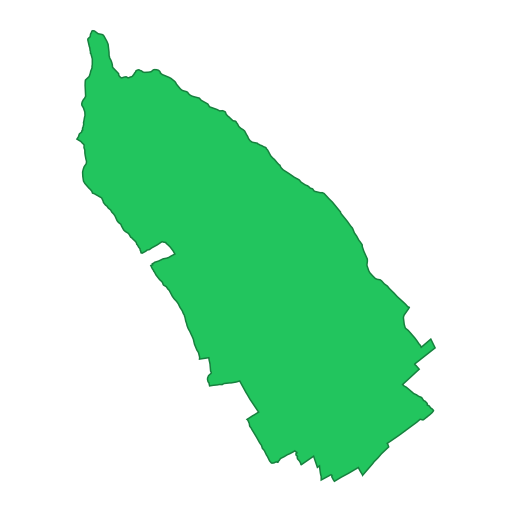 Pancesti, Neamt, Romania
{"feature_id": "2599482B84099352345268", "entity_name": "Pancesti", "entity_type": "district", "adm_level": 2, "iso_a3": "ROU", "parent_name": "Romania", "parent_adm1": "Neamt", "projection": "albers", "projection_center": [27.134, 46.914], "detail": "fine", "context": "isolated", "style": "filled", "palette": "green", "viewbox_px": 512, "rotation_deg": 0, "n_neighbors": 0, "source": "geoboundaries", "source_scale": "gbopen_adm2", "svg_char_len": 5942}
<svg xmlns="http://www.w3.org/2000/svg" viewBox="0 0 512 512"><path d="M388.7,446.9L387.7,444.1L387.2,443.4L398.6,435.6L416.9,422.1L420.1,419.3L422.9,419.9L423.5,419.7L429.9,414.6L432.2,412.5L433.4,410.9L433.5,410.4L431.9,408.7L430.6,407.9L429.4,406.2L428.7,405.6L427.3,405.1L427.2,403.6L427.0,403.2L425.1,401.2L424.1,400.8L423.5,400.4L421.7,397.6L421.0,397.2L418.6,396.3L416.5,394.8L413.8,393.6L406.3,387.2L404.2,386.1L402.6,384.5L419.2,369.2L415.9,365.4L415.1,364.8L414.7,364.3L414.8,363.9L435.1,347.9L430.8,339.1L421.2,347.3L420.4,345.4L418.9,343.8L417.0,340.9L414.6,337.7L408.3,330.5L405.9,328.6L405.2,327.8L404.2,324.3L403.4,317.7L403.6,316.6L404.1,315.1L408.1,309.4L409.3,307.5L409.1,307.2L407.8,306.8L405.7,304.4L403.4,302.2L397.2,296.6L394.4,293.5L389.3,288.5L387.4,286.1L384.3,283.9L381.6,280.9L380.1,279.8L377.1,279.3L375.3,278.5L372.6,275.8L369.8,272.7L368.8,270.9L367.1,265.9L366.9,265.0L367.4,261.0L367.3,259.0L363.8,251.2L362.3,246.7L362.2,244.9L361.8,244.2L360.2,241.9L358.9,240.3L356.7,236.2L354.4,232.9L352.8,228.9L352.3,227.9L350.7,226.1L347.3,221.3L341.2,213.8L340.6,212.8L340.5,212.0L332.4,202.1L329.2,199.0L324.1,193.5L322.4,192.7L320.3,192.7L314.9,191.4L313.9,190.8L312.7,189.0L312.0,188.6L310.3,188.2L308.7,186.6L307.4,185.7L305.4,185.0L301.1,182.2L299.2,179.9L294.2,177.2L288.6,173.3L283.2,169.9L280.9,167.5L279.8,165.1L279.1,164.8L277.3,162.9L274.4,159.4L272.8,158.1L270.7,155.8L267.7,150.2L266.3,148.6L266.1,147.9L264.7,147.0L264.1,147.0L261.7,145.6L259.9,145.0L259.3,144.5L258.0,144.0L257.6,143.4L257.3,143.2L252.2,142.2L250.1,140.7L249.0,139.3L248.2,137.9L247.7,136.5L246.5,134.6L244.7,131.1L243.1,129.7L240.8,128.3L238.8,126.5L237.5,123.9L236.3,122.4L236.0,121.6L235.0,121.0L233.5,120.9L232.8,120.6L228.7,116.7L228.0,116.3L226.2,114.3L225.4,112.1L225.0,111.7L222.7,110.7L219.7,110.9L217.0,109.5L209.5,106.8L207.8,104.0L201.2,100.3L199.3,98.1L193.9,96.7L191.7,96.0L189.8,94.9L188.9,94.1L187.5,92.2L186.3,91.6L183.1,90.7L181.6,90.0L180.1,88.6L176.4,84.1L175.5,82.3L174.6,81.3L171.0,78.4L168.9,77.3L162.4,74.6L161.3,73.8L160.4,73.2L160.5,72.6L159.5,71.1L158.3,70.2L156.5,69.7L154.4,69.6L153.3,69.9L151.3,71.6L150.8,71.8L148.4,72.2L144.5,72.4L143.1,72.1L141.3,70.8L140.1,70.5L139.2,69.9L138.3,69.8L136.9,70.3L136.0,70.8L135.4,72.2L134.4,73.3L133.8,74.6L133.1,75.2L132.6,76.1L131.7,76.7L130.0,77.1L129.4,77.5L128.2,77.9L127.8,77.8L126.5,76.9L125.8,76.8L125.1,77.0L124.5,77.0L121.7,77.9L121.2,77.8L119.9,76.8L118.7,75.3L118.7,73.9L118.1,73.1L112.6,67.3L112.3,64.6L111.7,62.3L110.9,60.2L109.6,57.9L109.4,56.5L109.1,55.8L109.0,52.1L108.1,44.3L106.9,41.4L104.0,36.1L103.1,35.0L102.1,34.5L98.1,33.7L94.5,31.0L92.9,30.7L92.1,30.9L91.9,31.1L91.1,33.1L90.5,34.1L90.2,36.7L88.1,38.6L87.9,39.0L87.8,39.9L89.3,46.4L89.8,47.8L90.1,50.4L90.4,51.2L90.5,53.4L90.9,53.7L92.3,58.9L92.3,64.5L92.0,66.2L92.0,68.0L90.7,71.2L90.3,73.2L89.2,76.5L85.4,80.1L85.2,82.0L85.1,85.4L85.6,96.0L85.6,96.5L85.2,97.0L84.5,98.5L83.6,99.3L82.3,101.7L81.8,103.4L81.8,104.8L82.0,105.5L83.4,107.8L84.8,111.9L85.0,115.5L84.5,117.4L83.8,121.5L83.5,122.6L83.7,124.3L83.0,127.3L82.6,127.9L82.5,129.0L82.7,130.0L82.0,130.4L81.6,132.1L79.4,133.9L78.9,135.2L78.5,136.7L76.9,139.1L80.9,141.5L82.2,143.0L83.7,144.4L84.1,145.0L84.0,147.7L84.8,150.0L84.9,153.2L85.2,155.3L85.9,159.0L86.5,161.2L86.4,162.7L86.2,163.8L84.2,166.6L83.4,168.8L82.7,171.5L82.6,172.4L82.8,176.4L83.5,181.1L84.9,183.5L88.8,188.0L90.2,189.3L91.4,190.7L91.9,191.4L92.5,193.1L94.3,193.7L101.6,197.9L103.0,200.8L103.5,202.6L105.5,205.1L106.9,206.1L108.4,208.2L110.6,209.9L111.8,212.1L113.8,214.2L115.0,216.0L117.0,220.5L117.8,221.7L119.1,223.0L120.8,224.2L121.5,226.0L123.7,230.0L125.3,231.5L128.0,233.1L129.1,234.3L130.7,237.2L131.7,237.7L132.2,238.4L135.6,241.6L136.4,242.8L136.7,244.2L137.5,245.0L138.7,247.2L139.9,248.6L140.3,250.5L140.7,251.1L141.0,252.7L141.5,252.6L142.0,253.2L142.3,253.1L145.8,251.2L147.2,250.0L149.4,249.6L151.7,247.9L157.2,244.9L162.1,241.6L162.9,242.0L165.8,242.5L166.2,243.4L167.7,244.6L170.0,246.8L173.0,250.7L174.9,254.0L170.6,256.3L168.9,257.4L166.6,258.2L163.2,258.8L158.7,261.0L154.6,262.3L153.3,263.4L152.3,263.7L152.3,264.1L152.6,264.8L150.8,265.5L152.3,268.7L153.4,270.2L153.7,271.1L154.5,272.1L156.0,275.0L159.6,279.6L161.9,281.7L162.7,283.0L163.2,284.6L163.6,285.1L166.3,286.7L167.2,288.0L167.7,288.9L168.4,289.5L169.3,290.5L172.4,296.4L174.2,298.9L176.5,301.3L178.3,303.8L180.0,307.4L182.2,310.7L183.4,313.7L184.3,315.0L184.5,316.1L185.0,317.4L185.7,320.9L186.7,323.9L187.0,325.4L188.0,328.1L188.8,329.7L189.7,331.1L191.3,334.7L192.1,336.3L193.3,339.1L194.5,344.3L196.9,350.1L198.0,351.7L198.6,353.0L199.6,357.1L199.6,358.0L199.5,359.1L208.8,357.7L209.1,359.9L210.0,363.9L210.6,371.1L211.3,372.4L211.2,373.0L211.0,373.4L208.6,375.6L207.6,378.0L207.5,379.4L207.9,381.2L208.2,382.0L208.9,382.7L209.6,385.9L213.2,385.3L217.4,384.9L219.3,384.5L222.2,384.6L223.6,383.7L224.3,383.5L229.8,382.9L231.2,382.9L236.3,382.0L239.7,381.0L246.0,392.5L247.5,394.9L249.9,399.1L258.6,412.1L254.2,414.9L252.7,415.7L247.0,419.4L247.5,419.8L248.0,420.5L249.3,423.5L249.6,425.8L249.9,426.5L251.1,428.0L252.0,429.7L256.6,437.3L259.6,442.7L261.5,445.4L262.4,448.4L263.9,450.0L264.5,450.9L266.5,455.1L267.4,456.4L269.6,460.9L271.4,463.0L272.3,463.1L273.4,463.0L274.3,462.8L275.3,462.2L276.9,461.8L277.1,462.2L277.7,462.3L278.2,462.0L278.4,461.1L279.1,460.6L280.1,459.0L280.9,458.3L284.3,456.6L287.4,454.7L289.8,453.7L293.2,451.9L294.8,450.8L295.8,451.9L296.4,452.0L296.9,452.4L296.7,453.3L296.0,453.7L295.9,454.0L296.1,455.0L296.4,455.6L297.3,456.1L297.5,456.5L297.2,457.5L297.5,458.8L299.6,461.2L300.5,462.9L301.0,464.6L301.3,464.7L313.6,456.2L317.4,467.4L319.5,465.9L319.7,467.9L320.3,472.5L320.7,474.7L321.2,476.5L321.2,480.0L331.0,474.7L332.0,475.4L331.8,476.8L333.2,479.5L334.4,481.3L341.4,477.1L348.7,473.2L358.3,467.5L360.2,471.1L362.5,474.9L362.6,475.3L372.7,463.6L374.1,461.7L377.9,457.9L381.4,453.8L388.7,446.9Z" fill="#22c55e" stroke="#15803d" stroke-width="1.5"/></svg>